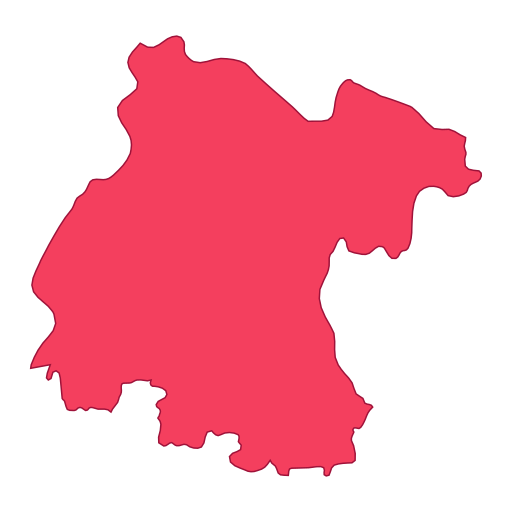 map outline of Guanajuato (Natural Earth projection)
{"feature_id": "MEX-2728", "entity_name": "Guanajuato", "entity_type": "State", "adm_level": 1, "iso_a3": "MEX", "parent_name": "Mexico", "parent_adm1": "", "projection": "natural_earth1", "projection_center": [-100.934, 20.889], "detail": "fine", "context": "isolated", "style": "filled", "palette": "rose", "viewbox_px": 512, "rotation_deg": 0, "n_neighbors": 0, "source": "natural_earth", "source_scale": "10m", "svg_char_len": 5577}
<svg xmlns="http://www.w3.org/2000/svg" viewBox="0 0 512 512"><path d="M465.6,137.5L465.4,140.6L464.7,143.5L464.2,146.2L464.8,149.2L465.9,152.4L465.9,154.4L465.3,156.3L464.7,159.2L465.3,166.1L468.5,169.2L473.4,170.3L479.0,170.9L481.1,173.1L481.3,176.0L480.1,179.0L477.9,181.1L475.5,182.2L473.2,183.2L471.0,184.4L469.2,186.1L467.9,188.4L467.3,190.5L466.2,192.4L463.6,194.1L458.8,195.9L453.3,196.7L448.1,195.6L444.7,191.6L442.4,189.2L439.7,187.7L436.8,186.8L433.8,186.3L428.9,186.4L423.9,188.2L419.5,191.3L416.4,195.9L413.9,203.3L412.6,211.4L412.1,219.7L411.8,227.7L411.7,232.9L411.1,238.3L409.9,243.6L408.0,248.2L406.4,249.9L404.7,250.5L403.0,250.7L401.3,251.5L399.9,253.2L398.9,255.2L397.7,257.1L395.9,258.4L391.9,258.3L388.9,255.6L386.5,251.7L384.3,248.0L383.8,247.6L383.3,247.2L382.7,246.9L382.1,246.6L378.6,246.3L375.3,248.2L372.3,250.8L369.3,253.2L365.7,254.4L362.0,254.3L358.1,253.5L354.3,252.8L348.9,250.9L347.1,246.7L346.3,241.9L343.6,238.0L339.8,238.5L337.1,242.3L335.0,247.3L333.0,251.4L330.2,254.5L329.2,257.9L329.2,261.6L329.1,265.9L328.4,269.6L327.2,273.2L325.5,276.6L323.9,279.9L319.9,289.4L319.3,298.6L321.2,307.7L325.2,316.9L327.5,321.0L329.8,325.0L331.9,329.1L333.9,333.3L334.7,341.5L334.6,349.6L335.2,357.4L338.2,365.0L338.9,366.0L339.6,367.0L340.3,368.0L341.0,369.1L344.6,373.6L348.7,378.1L352.1,382.9L354.0,388.6L356.1,393.9L359.5,396.2L362.9,398.4L364.8,403.1L367.0,404.1L369.3,404.5L371.4,405.3L372.7,407.1L369.7,410.3L368.0,412.8L366.7,415.6L365.2,419.4L364.2,421.6L362.6,424.7L360.7,427.4L359.0,428.5L357.9,428.3L356.4,428.0L354.8,427.8L353.7,428.2L352.9,429.6L353.1,430.8L353.7,431.6L353.8,432.3L353.1,433.8L352.2,435.8L351.4,438.2L351.4,440.5L353.6,445.7L355.2,453.5L355.1,460.4L352.0,462.8L347.5,463.0L343.0,463.3L338.5,463.9L334.2,465.1L331.6,467.9L330.3,471.8L329.0,475.2L326.2,475.9L324.2,474.7L324.1,472.6L324.4,470.2L323.7,467.7L320.9,466.6L316.4,466.7L311.8,467.3L308.6,467.7L305.3,467.8L302.0,467.9L298.7,468.0L295.4,468.1L291.6,468.2L289.6,468.9L288.8,470.9L288.3,475.4L283.9,475.2L280.5,474.8L278.2,473.0L276.6,468.6L275.4,466.1L273.6,464.6L271.7,463.0L270.2,460.3L267.3,464.4L264.7,467.2L261.6,469.1L257.3,470.6L254.1,471.5L251.0,471.7L247.9,471.2L244.8,469.9L240.2,468.1L234.8,465.7L230.5,462.0L229.5,456.5L232.6,453.3L237.0,451.6L240.6,449.6L241.2,445.2L240.5,444.3L239.7,443.4L239.0,442.5L238.4,441.7L238.8,439.8L239.1,437.9L239.0,436.2L238.2,434.7L234.1,433.1L229.4,432.5L224.8,433.0L220.7,434.7L218.1,435.6L215.7,434.8L213.6,433.0L211.7,430.8L207.2,432.1L205.2,437.0L203.9,442.9L201.4,447.0L197.8,448.2L193.7,448.0L189.8,446.8L186.5,444.7L184.0,444.3L181.7,444.9L179.4,445.6L176.8,445.7L175.3,445.2L173.8,444.1L172.4,443.0L171.3,442.6L169.5,443.2L167.8,444.4L165.9,445.6L163.8,446.0L158.8,442.8L158.6,437.2L160.3,430.6L160.9,424.4L160.6,423.1L160.2,421.6L159.5,420.3L158.7,419.3L157.9,418.1L158.2,417.3L158.9,416.5L159.3,415.5L159.6,414.2L160.1,413.0L160.4,411.7L160.2,410.1L159.2,408.5L157.8,407.6L156.7,406.6L156.2,404.6L158.2,401.4L161.7,399.5L165.1,397.7L166.9,394.5L165.8,390.7L162.4,388.2L158.2,386.8L154.8,386.3L152.4,386.2L150.9,385.0L150.3,382.9L151.1,380.0L147.5,380.8L140.8,379.9L136.9,380.0L135.1,380.6L131.4,382.6L129.7,383.0L123.4,383.2L122.0,383.8L121.3,385.5L121.2,387.8L121.4,390.2L121.3,392.2L120.7,394.3L119.1,397.3L118.7,399.1L117.6,402.4L112.5,409.1L111.0,412.1L108.0,409.8L104.5,409.1L98.0,409.1L92.7,407.6L90.9,407.4L89.3,407.9L87.5,410.0L85.7,410.5L84.8,410.0L81.8,407.9L80.0,407.4L78.2,407.9L75.9,410.0L74.1,410.5L69.6,410.3L67.3,409.4L66.1,406.6L64.6,401.3L63.9,400.3L63.0,399.6L62.2,398.5L60.3,378.0L59.1,373.0L56.1,370.8L52.9,372.2L51.0,378.5L48.3,380.0L46.5,377.9L47.3,373.2L50.3,364.7L30.7,368.3L31.2,364.8L34.3,357.3L38.1,350.1L43.0,343.0L48.4,336.9L53.2,330.7L55.7,323.5L54.0,314.3L53.7,313.6L53.4,312.9L53.1,312.3L52.7,311.6L48.3,306.3L43.1,301.8L38.0,297.3L33.6,291.8L31.9,285.1L33.1,278.1L35.9,271.1L38.8,264.9L39.4,263.6L40.0,262.3L40.5,261.0L41.1,259.8L43.0,256.1L45.0,252.4L46.9,248.8L48.8,245.1L54.1,235.7L59.5,226.5L65.3,217.6L71.8,209.3L72.8,207.5L73.7,205.5L74.5,203.4L75.3,201.3L77.1,198.1L79.7,196.1L82.6,194.3L85.0,191.8L86.5,189.4L87.7,186.8L88.9,184.2L90.2,181.7L92.8,179.8L96.4,179.3L100.2,179.5L103.3,179.7L106.0,179.4L108.7,178.5L111.1,177.0L113.5,175.1L118.4,170.4L123.0,165.5L127.0,160.0L130.3,153.5L131.1,149.3L131.5,144.9L131.1,140.5L129.9,136.4L126.2,129.5L121.7,122.8L118.3,115.7L117.7,107.5L122.4,100.5L130.2,94.7L136.8,88.8L137.8,81.8L135.1,77.1L132.0,72.5L129.2,67.8L127.9,62.4L129.1,57.2L132.5,52.0L136.8,47.2L140.2,43.2L147.7,47.2L153.6,47.4L159.2,44.7L166.0,39.9L166.4,39.6L166.9,39.3L167.3,39.0L167.8,38.7L172.2,36.8L176.8,36.1L180.9,37.4L183.9,41.8L184.4,44.9L184.2,48.2L184.4,51.5L185.5,54.5L187.2,56.6L189.2,58.6L191.4,60.4L193.6,61.7L200.2,62.7L207.1,61.5L214.2,59.5L220.9,58.5L226.9,58.8L233.3,59.6L239.6,61.1L245.3,63.5L248.5,66.3L251.5,69.4L254.4,72.7L257.3,75.9L266.0,83.8L274.8,91.6L283.7,99.3L292.5,107.0L296.3,110.7L300.2,114.6L304.1,118.3L308.1,121.3L314.5,121.2L321.5,121.2L327.9,120.1L332.2,116.4L333.6,112.3L334.5,107.3L335.2,102.1L336.1,97.6L337.0,94.7L337.9,91.8L339.0,88.9L340.4,86.3L341.8,84.5L343.5,82.5L345.5,80.8L347.4,79.9L350.1,79.7L351.6,80.6L352.6,81.9L354.0,83.0L356.2,83.8L358.0,84.4L359.9,85.2L362.2,86.6L365.4,88.5L369.0,90.1L372.7,91.6L376.2,93.4L378.3,94.8L380.5,96.0L382.8,96.8L385.1,97.4L391.4,99.5L397.6,101.7L403.8,104.0L410.1,106.4L410.5,106.6L410.9,106.9L411.4,107.1L411.8,107.3L418.8,113.5L426.2,121.9L433.9,128.6L442.1,129.5L449.0,129.3L454.7,131.5L459.9,134.7L465.6,137.5Z" fill="#f43f5e" stroke="#9f1239" stroke-width="1.5"/></svg>